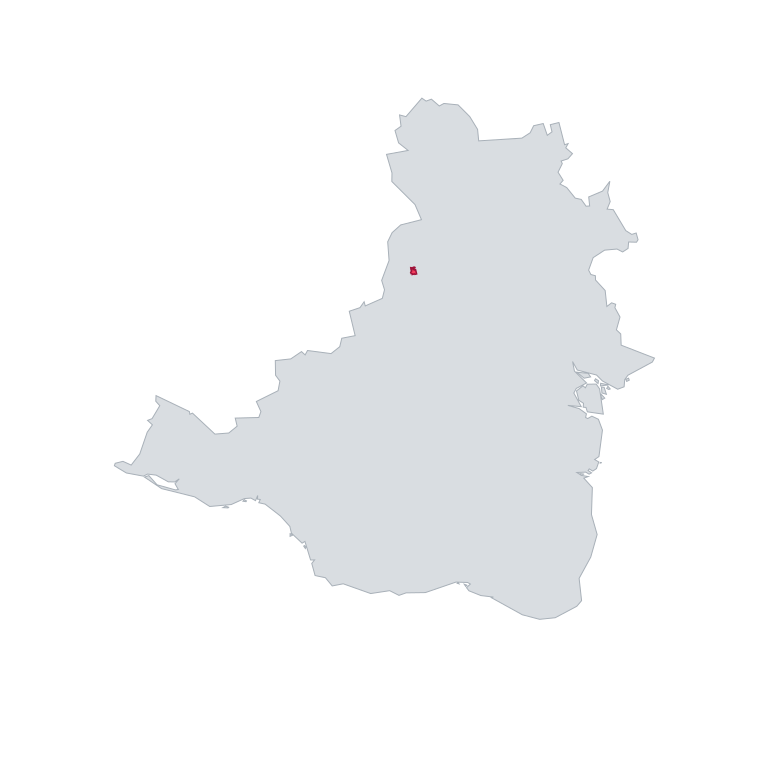 Presidente Médici, Rondônia, Brazil (highlighted), rotated 76°
{"feature_id": "56859067B10232029325302", "entity_name": "Presidente Médici", "entity_type": "district", "adm_level": 2, "iso_a3": "BRA", "parent_name": "Brazil", "parent_adm1": "Rondônia", "projection": "mercator", "projection_center": [-61.989, -11.194], "detail": "fine", "context": "in_parent", "style": "filled", "palette": "rose", "viewbox_px": 768, "rotation_deg": 76, "n_neighbors": 0, "source": "geoboundaries", "source_scale": "gbopen_adm2", "svg_char_len": 5360}
<svg xmlns="http://www.w3.org/2000/svg" viewBox="0 0 768 768"><g transform="rotate(76 384 384)"><path d="M213.3,157.7L220.6,163.9L229.7,160.9L232.5,164.9L237.6,159.2L249.9,153.5L252.6,148.0L260.4,144.9L261.0,141.4L252.0,140.1L249.7,125.3L241.9,115.8L252.4,120.6L261.7,120.4L268.3,125.2L270.3,119.4L293.7,112.3L298.8,107.4L298.5,102.8L305.5,102.6L307.5,104.7L305.4,112.3L311.5,114.4L313.6,120.5L309.4,125.3L307.5,137.6L312.0,150.5L323.0,157.9L327.8,156.8L330.1,152.7L334.3,153.6L346.8,146.8L362.7,149.0L360.3,143.5L362.7,139.9L365.8,141.5L376.1,138.8L387.7,145.4L392.7,142.2L403.7,144.5L424.3,115.3L427.6,118.3L434.5,145.2L438.0,149.4L444.8,151.7L445.6,158.5L433.9,171.3L426.7,175.6L417.2,193.1L407.8,195.6L417.6,196.1L432.0,187.2L434.8,198.5L438.7,202.0L453.7,198.1L449.2,210.8L455.1,200.6L461.9,194.8L465.3,196.5L466.8,194.7L465.5,190.1L470.1,184.5L481.6,183.2L506.4,193.0L508.2,197.9L511.6,194.5L517.5,198.3L519.0,202.5L516.0,205.4L517.3,206.9L520.4,204.1L521.1,206.8L518.3,209.6L516.5,218.3L520.4,214.7L523.2,208.2L523.7,212.9L534.9,206.9L560.9,214.3L581.6,213.6L602.0,225.3L619.8,241.7L642.0,244.7L646.3,250.7L652.2,274.4L650.0,289.9L641.4,305.6L617.3,331.5L617.2,329.4L612.7,341.2L605.2,351.6L601.6,353.2L599.0,348.6L596.8,350.9L593.6,362.1L596.4,394.3L592.0,413.1L592.7,420.6L585.9,428.5L584.1,447.6L568.0,471.9L567.4,483.1L557.8,487.7L553.2,497.2L540.6,497.5L537.9,493.9L537.0,497.8L517.6,498.8L518.6,502.0L506.3,509.9L499.4,509.8L487.1,516.4L471.8,528.4L468.9,534.2L466.1,532.0L465.1,534.6L461.6,533.5L466.1,536.9L462.5,540.7L461.4,547.2L464.0,561.4L460.7,582.7L447.7,595.0L431.7,625.1L416.4,638.9L416.0,634.3L426.9,628.6L436.3,612.0L436.6,609.1L430.2,610.9L426.5,605.6L428.4,610.8L426.7,617.0L417.3,627.1L414.2,635.2L415.2,639.7L408.0,655.5L398.1,665.4L395.9,664.0L395.9,656.0L401.5,648.9L392.8,637.9L373.5,625.4L367.6,618.6L362.1,622.2L361.5,617.4L350.8,606.8L345.5,609.6L340.1,608.0L363.7,579.5L366.4,579.7L365.9,576.9L391.7,560.2L394.0,546.5L389.4,536.7L381.1,536.6L386.2,513.6L381.0,510.1L370.1,512.1L364.9,488.4L356.0,484.3L349.3,487.1L335.0,483.8L337.1,468.4L332.6,456.2L336.7,453.5L333.0,450.1L341.7,428.0L337.1,417.9L329.4,413.9L330.1,400.3L305.0,400.1L304.1,388.8L299.4,383.4L303.7,383.3L300.5,364.9L292.7,360.7L282.9,361.2L265.4,349.2L246.9,346.0L239.1,339.5L233.7,329.3L233.6,307.9L217.4,310.5L189.4,327.4L181.1,325.2L161.8,326.0L163.2,304.1L153.6,311.5L140.7,312.0L138.0,305.1L126.7,303.8L129.9,298.0L115.8,278.1L119.7,274.7L119.1,269.1L127.6,263.1L126.3,258.0L131.1,244.6L145.3,236.1L159.6,231.6L171.0,233.3L178.8,190.7L175.6,181.4L169.6,176.3L169.8,166.5L182.2,165.4L180.0,160.0L172.6,159.9L172.6,151.0L195.5,150.9L195.3,147.2L198.8,150.5L206.1,145.4L210.0,151.1L210.5,158.2L213.3,157.7ZM440.9,176.0L466.3,178.5L460.2,193.4L455.6,193.7L454.7,196.3L451.0,195.1L446.9,198.9L437.3,198.9L433.9,191.4L436.4,189.5L433.4,186.8L435.4,178.1L440.9,176.0ZM419.2,194.0L423.1,183.3L427.1,181.8L426.8,188.4L419.2,194.0ZM447.8,170.7L445.4,174.7L439.6,173.8L440.5,171.2L447.8,170.7ZM439.2,166.3L438.2,174.5L435.7,173.6L439.2,166.3ZM451.9,175.9L448.2,176.4L446.6,175.7L451.1,173.2L451.9,175.9ZM435.3,176.2L431.6,178.9L430.1,177.5L432.7,175.1L435.3,176.2ZM442.2,169.0L440.4,167.3L443.5,165.7L443.7,167.2L442.2,169.0ZM440.2,147.9L438.0,148.2L437.5,145.3L439.6,145.1L440.2,147.9ZM465.0,570.2L464.2,567.2L466.0,564.5L466.5,565.3L465.0,570.2ZM508.5,508.8L509.1,512.0L506.5,511.3L508.5,508.8ZM463.6,549.2L462.5,547.5L464.2,545.7L464.8,546.4L463.6,549.2ZM519.8,212.9L518.2,216.0L519.8,211.6L519.8,212.9ZM600.2,353.7L597.7,354.6L599.3,352.2L600.2,353.7ZM524.6,500.1L522.0,501.1L521.4,500.5L523.0,499.0L524.6,500.1ZM596.1,359.5L595.1,361.2L594.5,360.1L596.1,359.5ZM513.0,191.7L513.1,193.4L512.4,193.2L513.0,191.7Z" fill="#d9dde1" stroke="#a8b0b8" stroke-width="1"/><path d="M283.6,330.5L283.6,330.4L283.7,330.2L283.8,330.1L284.0,330.1L284.1,329.9L284.1,329.7L284.3,329.5L284.5,329.5L284.5,329.4L284.6,329.5L284.6,329.2L284.6,328.8L284.6,327.7L285.1,327.5L285.1,327.2L285.1,326.8L285.1,326.2L285.1,325.7L283.5,325.7L282.5,325.7L282.2,325.7L280.8,325.7L280.8,325.8L280.7,325.8L280.6,326.0L280.7,326.3L280.8,326.5L280.8,326.9L280.7,327.0L280.4,327.1L280.4,327.3L280.2,327.4L280.1,327.5L279.8,327.6L279.8,327.8L279.7,327.8L279.7,328.0L279.8,328.3L279.7,328.4L279.6,328.6L279.7,328.8L279.5,328.6L279.4,328.6L279.4,328.4L279.4,328.2L279.5,328.0L279.4,327.9L279.5,327.7L279.4,327.7L279.3,327.4L279.2,327.3L279.2,327.2L279.0,326.9L278.9,326.8L278.9,326.6L278.7,326.5L278.7,326.4L278.7,326.2L278.8,326.2L278.7,325.9L278.4,325.9L278.4,326.0L278.2,326.2L278.1,326.3L278.0,326.5L277.9,326.5L277.9,326.4L277.8,326.5L277.9,326.8L277.9,327.0L277.9,327.3L278.0,327.4L278.1,327.5L278.0,327.8L278.0,328.0L278.2,328.3L278.3,328.4L278.3,328.5L278.2,328.7L278.1,328.8L278.1,329.0L277.9,329.1L277.7,329.5L277.6,329.8L277.8,329.8L277.9,329.7L278.0,329.7L278.1,329.8L278.1,330.0L278.3,330.0L278.5,329.9L278.8,330.0L278.9,329.9L279.1,330.0L279.3,330.1L279.5,330.0L279.8,330.1L279.9,329.9L280.0,329.9L280.2,330.0L280.3,330.0L280.5,330.0L280.7,329.9L280.8,329.9L280.8,330.0L281.0,330.0L281.1,329.9L281.3,330.0L281.4,330.3L281.5,330.4L281.6,330.5L281.8,330.7L281.8,330.8L282.0,331.0L282.3,331.2L282.5,331.2L282.8,331.3L283.0,331.4L283.0,331.5L283.0,331.4L283.2,331.2L283.3,331.1L283.5,331.0L283.5,330.9L283.6,330.7L283.6,330.5Z" fill="#f43f5e" stroke="#9f1239" stroke-width="1.5"/></g></svg>